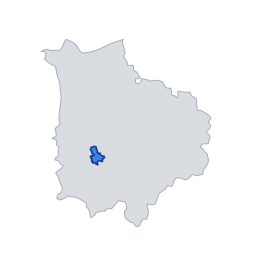 Akciabrski, Gomel, Belarus shown in context, rotated 79°
{"feature_id": "67162791B76840313346110", "entity_name": "Akciabrski", "entity_type": "district", "adm_level": 2, "iso_a3": "BLR", "parent_name": "Belarus", "parent_adm1": "Gomel", "projection": "albers", "projection_center": [28.984, 52.671], "detail": "fine", "context": "in_parent", "style": "filled", "palette": "blue", "viewbox_px": 256, "rotation_deg": 79, "n_neighbors": 0, "source": "geoboundaries", "source_scale": "gbopen_adm2", "svg_char_len": 6768}
<svg xmlns="http://www.w3.org/2000/svg" viewBox="0 0 256 256"><g transform="rotate(79 128 128)"><path d="M209.0,181.9L205.0,181.8L200.2,182.0L197.6,184.0L194.7,183.2L192.6,184.3L188.0,189.6L186.2,192.4L184.5,196.7L183.5,199.9L184.2,202.1L185.1,204.1L185.4,206.3L185.8,208.1L184.7,209.4L184.0,211.2L182.0,210.9L179.5,209.2L178.9,206.7L177.0,205.0L175.7,204.1L173.6,204.0L170.4,204.8L166.0,205.5L162.8,205.7L161.0,206.6L158.4,207.5L157.4,206.5L155.9,203.6L154.7,200.8L153.9,199.5L153.2,199.2L152.3,199.2L151.3,200.1L150.5,201.1L147.8,202.1L146.6,203.2L145.3,205.8L144.4,205.6L143.5,205.0L142.5,202.0L141.1,201.4L138.8,201.3L136.0,200.7L133.7,199.7L132.9,199.9L131.5,201.2L130.0,201.3L126.8,200.2L126.1,200.7L124.2,203.9L123.3,204.0L122.9,203.6L123.2,200.8L121.3,199.8L118.2,199.6L115.9,199.9L114.9,199.8L114.3,199.2L111.7,194.4L110.3,194.1L107.7,194.2L103.9,193.6L99.6,192.4L97.2,191.9L96.0,190.8L93.4,190.3L86.2,188.0L83.3,187.6L79.0,187.3L72.4,186.6L68.2,186.6L66.2,187.1L63.9,187.4L56.1,187.5L53.2,187.8L52.4,188.8L51.3,190.9L47.8,194.4L44.5,196.7L43.9,196.9L42.2,195.4L40.7,194.9L38.9,194.6L37.6,194.9L36.7,195.5L36.6,198.4L36.4,198.6L35.3,195.1L35.6,192.0L36.5,190.3L37.6,188.8L37.4,186.3L38.5,183.2L38.7,180.9L38.4,179.9L37.8,178.7L35.8,177.3L35.0,176.2L32.4,174.7L29.8,172.8L29.4,171.8L29.6,171.1L30.2,170.1L32.5,167.2L34.9,164.3L36.5,163.2L44.3,160.0L45.6,158.7L46.0,156.5L46.2,151.9L46.0,147.6L45.7,144.7L44.6,139.2L41.6,127.7L40.2,116.0L41.6,116.8L45.1,117.3L47.9,116.7L49.4,116.7L50.7,117.0L54.4,116.6L55.2,117.7L56.8,118.8L60.1,117.6L63.1,116.2L66.0,116.5L66.5,115.7L67.4,111.7L68.4,110.8L71.9,111.4L73.2,110.8L74.7,108.8L76.8,107.7L78.6,107.7L80.4,106.4L81.3,107.4L81.6,109.1L81.0,110.5L81.2,111.0L82.4,111.7L84.6,111.8L86.0,111.3L86.3,110.6L86.4,109.1L86.1,107.8L85.2,106.6L83.6,106.0L82.4,105.9L82.2,105.2L82.7,103.6L83.9,100.9L85.3,98.3L86.1,97.4L86.3,96.5L86.2,95.0L86.3,92.2L87.6,88.3L89.3,85.4L91.4,84.6L93.9,84.1L95.6,82.8L96.5,81.2L97.2,78.7L98.1,78.2L104.1,78.8L105.1,76.3L105.6,75.6L106.8,74.9L107.7,74.0L107.4,73.3L105.9,72.8L102.3,72.3L101.5,71.4L101.8,70.5L102.9,67.9L103.9,64.6L104.5,62.0L104.6,60.5L105.1,60.1L108.0,59.7L109.0,59.2L111.6,55.7L113.6,55.2L118.5,56.2L120.7,56.2L123.6,56.5L123.9,56.1L124.9,52.7L129.9,47.1L132.5,45.2L134.2,44.8L134.7,44.9L137.3,47.9L137.9,48.0L139.7,46.8L142.6,46.7L144.0,47.8L146.0,51.4L147.0,51.8L150.0,49.8L151.6,49.1L152.6,49.2L158.2,52.0L158.6,52.9L158.6,53.9L157.8,57.2L158.9,59.2L160.3,60.6L163.1,58.3L164.1,57.7L165.3,57.6L166.8,56.8L167.9,55.5L169.0,55.0L171.0,55.3L174.7,55.0L179.0,56.9L179.4,57.5L181.6,59.8L182.3,60.9L183.1,61.3L184.2,62.4L185.8,63.0L186.8,62.8L187.4,63.2L187.8,64.1L187.9,65.6L187.9,69.9L186.4,72.3L186.2,73.1L186.3,74.0L187.6,75.9L189.3,78.8L189.7,80.5L189.7,81.7L187.6,85.5L186.9,86.4L186.5,88.3L186.3,90.2L186.4,90.9L190.2,93.8L192.9,95.4L193.6,96.1L193.6,96.6L192.3,99.9L192.2,100.7L194.4,102.0L195.7,104.1L196.8,107.4L199.0,110.6L207.0,115.1L207.7,116.0L208.0,117.0L207.8,119.2L206.5,123.5L207.9,124.1L211.4,123.8L215.6,124.2L220.8,126.9L220.8,128.3L220.4,129.5L220.8,130.8L221.4,131.9L225.9,135.0L226.4,136.0L226.6,137.6L226.5,138.8L225.3,139.2L224.0,139.8L221.8,141.3L221.1,143.4L217.6,146.4L215.4,147.8L213.7,147.9L209.4,147.5L207.9,146.2L207.2,144.9L205.6,144.4L203.4,144.4L200.5,144.8L199.9,145.2L199.4,146.7L198.3,149.4L197.4,151.0L201.4,156.1L203.3,158.2L204.0,159.6L204.0,160.5L203.1,161.7L203.4,163.9L205.3,166.8L204.7,167.3L204.7,170.9L204.8,174.8L205.4,175.7L206.4,176.5L207.3,177.8L208.8,181.0L209.0,181.9Z" fill="#d9dde1" stroke="#a8b0b8" stroke-width="1"/><path d="M139.8,167.8L140.0,167.9L140.2,168.0L140.5,168.0L140.9,168.1L141.1,168.1L141.4,168.2L141.5,168.4L141.5,168.6L141.5,168.9L141.7,169.0L141.9,169.0L142.2,168.9L142.6,168.8L142.9,168.7L143.1,168.7L143.3,168.6L143.4,168.4L143.5,168.2L143.9,168.2L144.2,168.2L144.5,168.1L144.8,168.1L145.2,168.2L145.5,168.2L145.9,168.2L146.1,168.2L146.3,168.1L146.3,167.9L146.5,167.6L146.5,167.4L146.6,167.2L146.8,166.9L147.1,166.9L147.3,166.7L147.8,166.3L148.0,166.3L148.1,166.5L148.3,166.6L148.5,166.6L148.5,166.8L148.4,167.0L148.3,167.4L148.3,167.6L148.3,167.9L148.4,168.0L148.6,168.2L148.7,168.3L148.8,168.4L148.6,168.6L148.3,169.0L148.2,169.2L148.3,169.3L148.6,169.3L148.7,169.1L148.9,169.2L148.9,169.3L148.9,169.6L149.0,169.7L149.4,169.7L149.2,169.9L149.0,170.0L148.9,170.1L148.8,170.3L149.0,170.4L149.3,170.3L149.5,170.2L149.9,170.2L150.0,170.2L150.3,170.1L150.6,170.0L150.8,170.0L151.0,169.8L151.1,169.6L151.4,169.6L151.5,169.7L151.7,169.4L151.8,169.5L152.0,169.6L152.3,169.6L152.6,169.5L152.7,169.4L152.8,169.4L152.9,169.6L152.9,169.8L153.0,169.9L153.2,169.6L153.3,169.3L153.4,169.1L153.6,169.0L153.8,169.0L153.8,169.4L153.8,169.5L153.8,169.8L154.0,169.8L154.1,169.7L154.3,169.6L154.5,169.8L154.8,169.8L154.9,169.7L155.1,169.5L155.2,169.3L155.3,169.0L155.3,168.9L155.5,168.8L155.8,168.8L156.0,168.7L156.0,168.4L155.9,168.2L155.7,167.9L155.7,167.7L155.8,167.5L155.9,167.3L155.9,167.1L155.8,166.9L155.8,166.7L156.0,166.6L156.2,166.4L156.3,166.3L156.4,166.2L156.5,166.2L156.7,166.3L156.8,166.4L157.2,166.4L157.3,166.3L157.4,166.2L157.6,166.0L157.5,165.9L157.5,165.6L157.6,165.4L157.9,165.2L158.1,165.1L158.3,165.0L158.3,164.8L158.3,164.7L158.2,164.6L157.9,164.5L157.7,164.5L157.4,164.5L157.2,164.6L156.9,164.6L156.7,164.5L156.4,164.5L156.2,164.5L155.9,164.4L155.6,164.4L155.5,164.5L155.4,164.5L155.2,164.5L155.0,164.4L155.0,164.2L154.9,163.9L154.8,163.6L154.7,163.4L154.6,163.2L154.6,162.7L154.7,162.3L154.8,162.0L154.9,161.8L155.1,161.5L155.3,161.3L155.4,161.0L155.2,160.8L155.2,160.6L155.3,160.5L155.4,160.4L155.6,160.5L155.8,160.3L155.9,160.1L156.0,159.9L156.1,159.7L155.9,159.4L155.6,159.3L155.2,159.3L154.8,159.3L154.6,159.3L154.5,159.2L154.4,159.1L154.2,159.1L154.0,158.9L154.0,158.7L153.9,158.7L153.8,158.8L153.7,158.9L153.4,158.9L153.2,158.9L153.1,158.5L153.1,158.2L153.0,157.8L152.9,157.5L152.7,157.0L152.6,156.6L152.2,156.8L151.9,156.8L151.6,156.9L151.3,156.9L151.0,156.9L150.9,157.0L150.9,157.3L150.9,157.5L150.9,157.8L150.8,158.0L150.7,158.3L150.4,158.4L150.3,158.6L150.2,159.0L149.7,159.4L149.5,159.7L149.2,159.9L149.1,160.0L148.8,160.0L148.6,160.1L148.4,160.3L148.1,160.4L147.8,160.3L147.4,160.2L147.2,160.4L147.2,160.7L147.3,161.0L147.7,161.3L147.8,161.4L147.9,161.7L147.9,161.9L147.6,162.0L147.3,161.9L147.1,162.0L146.8,162.1L146.7,162.4L146.5,162.6L146.4,162.8L146.2,162.9L146.0,162.7L145.8,162.5L145.5,162.4L145.3,162.4L145.1,162.6L144.9,162.7L144.6,162.7L144.3,162.5L144.0,162.5L143.6,162.6L143.4,162.9L143.1,163.0L142.8,163.1L142.5,163.0L142.2,162.8L141.8,162.8L141.7,162.9L141.4,163.0L141.2,162.8L140.9,162.8L140.5,163.0L140.5,163.5L140.1,163.8L139.6,164.1L139.5,164.4L139.6,165.1L139.7,165.8L139.8,166.4L139.8,167.3L139.8,167.8Z" fill="#3b82f6" stroke="#1e3a8a" stroke-width="1.5"/></g></svg>